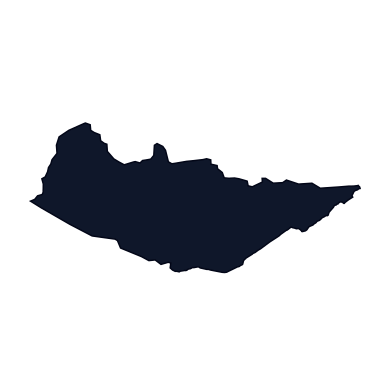 Mbere, Adamaoua, Cameroon, rotated 31°
{"feature_id": "32672807B16068661668461", "entity_name": "Mbere", "entity_type": "district", "adm_level": 2, "iso_a3": "CMR", "parent_name": "Cameroon", "parent_adm1": "Adamaoua", "projection": "albers", "projection_center": [14.525, 6.605], "detail": "fine", "context": "isolated", "style": "filled", "palette": "ink", "viewbox_px": 384, "rotation_deg": 31, "n_neighbors": 0, "source": "geoboundaries", "source_scale": "gbopen_adm2", "svg_char_len": 2707}
<svg xmlns="http://www.w3.org/2000/svg" viewBox="0 0 384 384"><g transform="rotate(31 192 192)"><path d="M58.3,283.0L71.2,283.2L104.0,282.6L129.0,281.1L141.9,275.6L150.3,272.0L153.1,272.0L159.6,276.8L181.9,273.4L190.4,273.0L195.4,269.2L202.7,270.0L207.8,264.5L210.4,263.8L212.4,268.3L215.5,268.9L217.7,268.7L218.3,268.7L219.8,267.8L221.7,267.2L222.3,266.9L222.6,266.0L226.2,263.0L227.2,262.5L227.9,261.6L228.5,260.0L230.1,258.6L231.0,257.1L231.4,256.4L232.5,255.9L235.4,253.3L236.4,252.8L237.2,252.7L238.0,252.9L244.6,250.7L246.1,249.8L247.1,249.6L248.5,249.2L259.2,245.3L261.4,244.2L263.1,242.8L263.6,241.9L267.0,236.7L269.7,232.5L270.2,232.2L270.9,231.4L271.3,230.2L272.6,228.2L272.6,227.7L271.6,224.6L271.7,222.9L272.3,221.5L272.2,221.0L272.6,220.3L275.7,214.2L275.8,213.4L277.2,211.4L278.8,207.5L279.4,206.5L280.0,205.4L280.7,203.7L284.3,194.9L288.3,186.7L289.4,184.3L289.7,182.9L290.9,180.1L292.6,176.2L293.0,175.9L293.7,174.4L294.7,171.7L295.2,170.9L296.4,170.8L296.8,170.7L298.9,170.0L299.5,169.9L300.3,169.8L301.9,168.6L302.1,168.5L302.6,168.4L304.0,168.5L305.8,168.9L306.4,169.3L307.0,169.1L309.2,166.9L309.9,165.3L310.1,162.0L310.4,161.1L312.0,158.9L312.7,157.9L312.8,157.5L313.0,156.5L314.0,154.6L314.3,152.6L315.7,150.9L316.2,149.7L316.9,146.8L318.0,145.3L319.0,143.2L320.2,142.6L320.6,141.8L320.5,141.3L319.9,138.8L321.1,132.2L321.0,131.5L321.0,130.7L321.2,129.8L322.2,129.0L322.4,127.7L323.2,127.2L323.2,126.4L323.9,124.4L324.3,124.1L326.4,123.1L327.4,123.6L328.2,123.5L328.5,123.1L328.3,122.4L328.6,122.0L330.1,118.2L332.4,113.6L331.4,113.1L331.0,112.6L330.6,108.0L331.4,106.4L332.8,104.8L333.2,103.4L334.3,102.4L334.0,102.0L333.4,101.8L332.9,101.2L331.9,101.1L331.0,100.8L330.9,101.1L327.5,103.7L323.3,106.3L318.3,109.9L316.1,111.5L300.6,122.3L300.1,122.7L290.3,122.7L280.2,129.7L279.4,130.3L267.4,133.0L266.8,133.1L264.9,137.3L257.1,142.6L248.0,142.4L245.1,144.2L247.2,147.2L241.0,156.5L236.9,157.8L233.7,154.3L232.4,154.6L225.4,156.5L221.3,158.1L216.5,161.3L212.3,163.3L207.9,159.7L201.9,158.9L199.9,156.4L193.9,158.4L191.5,154.8L187.4,156.0L184.7,158.6L177.3,164.3L171.5,168.6L162.9,176.0L160.2,178.2L156.2,178.3L152.6,174.7L147.8,169.9L143.5,168.0L137.1,168.5L135.7,171.3L140.4,180.3L139.8,184.4L139.7,185.1L136.4,188.0L133.4,190.5L132.5,193.9L127.7,195.2L126.4,196.4L119.9,203.6L114.0,203.9L108.0,203.9L98.5,200.8L94.4,194.9L91.7,195.5L87.3,195.1L83.5,190.4L77.5,191.4L73.4,191.3L70.1,186.8L65.1,187.8L64.6,188.4L63.8,189.5L54.7,202.5L49.7,213.2L51.7,221.7L56.4,228.4L55.4,236.4L56.6,240.8L56.4,244.9L57.8,249.0L58.4,254.7L56.5,258.0L60.4,261.7L62.8,265.8L63.8,267.6L64.5,268.7L64.9,271.3L61.6,274.8L61.0,279.3L58.3,283.0Z" fill="#0f172a" stroke="#020617" stroke-width="1.5"/></g></svg>